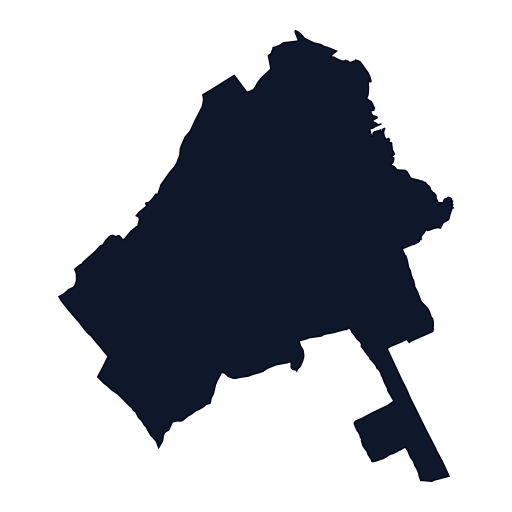 outline of Cretesti, Vaslui, Romania
{"feature_id": "2599482B47452511342695", "entity_name": "Cretesti", "entity_type": "district", "adm_level": 2, "iso_a3": "ROU", "parent_name": "Romania", "parent_adm1": "Vaslui", "projection": "orthographic", "projection_center": [28.003, 46.636], "detail": "fine", "context": "isolated", "style": "filled", "palette": "ink", "viewbox_px": 512, "rotation_deg": 0, "n_neighbors": 0, "source": "geoboundaries", "source_scale": "gbopen_adm2", "svg_char_len": 6040}
<svg xmlns="http://www.w3.org/2000/svg" viewBox="0 0 512 512"><path d="M296.5,370.8L296.7,371.0L297.1,369.4L299.3,367.4L300.5,365.8L302.6,360.8L303.7,356.7L303.7,355.2L303.1,350.8L302.7,349.6L300.3,345.6L299.3,342.2L299.2,340.9L307.3,338.5L309.0,337.7L321.7,335.9L323.6,334.6L325.4,334.0L332.5,332.8L345.5,329.3L346.2,329.7L348.9,328.0L349.8,328.5L350.5,329.0L351.5,330.6L352.1,332.5L354.8,335.5L356.5,338.2L358.5,340.4L360.1,341.5L361.6,344.0L361.3,346.5L362.9,348.2L365.5,352.2L369.3,356.9L370.4,359.4L372.2,360.4L372.1,360.8L376.0,365.5L377.0,368.1L379.4,370.4L380.4,371.9L381.7,375.9L382.4,376.6L384.6,382.7L387.4,388.1L387.8,390.5L394.0,401.1L387.8,405.5L371.7,413.2L361.5,418.7L355.8,421.0L354.2,423.0L354.6,424.5L357.3,430.8L358.5,432.2L359.9,434.8L360.5,437.5L361.5,438.5L361.7,439.3L361.5,440.8L361.9,442.2L362.3,442.7L362.7,445.2L365.9,450.0L367.0,450.9L368.0,454.2L371.3,459.4L371.7,461.1L372.1,461.6L372.5,461.6L375.9,460.9L383.6,458.3L385.9,457.1L388.2,455.3L391.0,453.9L392.7,453.7L397.2,451.4L399.5,449.8L400.2,449.9L404.4,447.4L405.4,447.4L406.2,448.1L408.0,451.2L410.6,457.4L413.2,460.8L413.9,462.3L414.8,465.3L416.9,468.9L418.7,472.9L419.3,476.3L420.9,480.5L422.8,480.4L431.7,481.3L434.6,479.9L434.5,479.4L435.6,479.7L437.2,479.3L449.0,476.1L442.1,461.1L436.3,450.5L435.4,448.2L426.5,431.0L409.5,396.6L406.5,389.4L402.2,381.0L387.0,348.5L390.2,346.5L401.7,341.7L406.8,339.2L409.1,342.3L411.0,341.1L416.7,338.5L432.8,331.4L433.2,329.6L433.0,327.6L433.2,326.0L433.2,322.4L432.9,320.1L432.4,318.5L431.4,317.7L429.4,311.8L427.9,309.0L426.8,307.5L422.3,302.9L420.9,301.1L417.4,291.9L414.6,286.6L414.3,284.0L413.4,280.3L412.7,279.1L411.2,275.3L410.3,270.7L408.6,267.6L407.2,260.4L405.9,256.2L404.6,254.8L401.9,248.3L403.2,248.4L412.1,244.6L414.0,244.4L415.5,243.4L418.2,242.2L419.0,241.5L418.5,241.2L418.6,240.9L419.7,239.8L421.1,239.5L421.0,236.8L422.5,234.5L423.9,233.0L425.6,230.1L426.4,229.8L427.6,230.3L429.2,230.1L434.7,228.1L437.8,227.5L440.5,228.1L443.0,222.9L448.2,219.8L448.8,218.9L449.3,217.5L449.6,215.4L451.6,209.5L452.1,208.3L453.1,207.9L451.7,206.1L452.8,204.8L452.0,203.5L451.2,203.9L450.7,203.8L450.9,203.2L452.4,202.0L452.6,201.2L452.0,200.7L451.5,201.1L450.7,200.8L450.6,200.4L451.4,199.6L451.5,199.0L450.3,198.0L448.6,197.3L448.0,197.4L446.7,198.7L444.7,199.1L443.9,200.5L443.7,201.2L443.9,202.4L442.5,202.8L437.7,202.7L437.9,201.6L436.2,198.9L435.9,197.5L436.0,195.6L435.4,194.5L434.9,194.5L433.8,192.9L433.3,193.3L433.0,193.0L431.7,191.0L430.8,190.4L430.2,188.1L428.9,186.1L427.9,185.5L425.3,182.6L423.6,182.1L422.5,181.3L419.6,180.7L418.4,180.1L411.4,178.6L409.6,176.6L409.2,175.3L407.3,172.6L407.4,172.2L405.3,170.4L397.7,170.0L396.7,169.6L394.4,166.8L390.5,164.9L390.5,164.4L392.8,162.7L393.8,158.8L393.6,157.9L392.5,157.1L392.0,156.4L392.1,155.8L393.5,155.0L394.4,154.0L392.3,149.6L392.0,148.5L392.1,147.1L391.6,145.3L391.7,143.5L391.4,142.8L389.6,142.6L389.1,142.0L389.0,141.3L389.5,139.9L389.1,138.9L388.7,138.6L388.2,138.5L387.3,139.2L386.6,139.1L385.7,139.6L384.1,135.8L383.5,132.1L384.3,129.2L385.0,128.2L382.5,129.5L382.2,129.9L382.5,132.0L381.1,131.8L380.8,131.2L380.3,131.0L380.3,130.1L377.7,131.1L376.3,131.2L376.0,131.5L374.5,131.7L373.2,133.1L373.0,135.9L372.7,136.4L371.4,135.7L371.1,134.2L370.4,133.9L370.4,131.8L369.5,128.9L372.8,128.1L374.8,126.7L381.5,123.9L378.6,124.7L377.6,124.5L376.2,123.3L373.8,122.3L372.6,121.0L372.7,120.2L377.1,117.8L377.0,117.2L376.6,116.8L372.9,115.6L371.9,114.5L370.8,112.0L370.8,111.1L372.0,110.4L373.3,110.4L373.9,109.9L373.8,109.3L374.4,108.7L374.5,107.9L373.0,105.5L372.7,104.0L370.9,101.4L368.6,100.1L367.7,99.2L365.1,98.2L366.6,98.0L367.5,96.3L368.0,94.6L368.3,91.6L368.5,87.3L368.3,83.2L368.6,81.6L370.7,81.7L370.9,81.5L370.9,80.6L369.5,75.9L369.0,75.1L368.0,72.8L360.3,62.0L357.7,60.7L355.5,60.1L355.1,61.0L353.4,61.3L351.6,62.2L350.4,62.4L348.9,62.1L348.0,61.1L346.3,60.9L345.7,60.4L344.5,61.0L342.7,61.2L338.7,59.8L333.6,57.1L330.6,57.0L332.0,54.7L336.5,51.1L330.1,48.4L323.5,46.2L320.7,44.5L314.0,43.0L308.9,40.6L304.3,38.2L301.2,34.4L297.8,31.8L295.5,30.7L295.1,31.8L298.7,41.0L283.0,42.9L280.9,44.8L276.0,46.9L273.1,47.7L272.8,49.6L272.1,50.6L271.9,52.1L270.5,54.1L268.4,55.6L270.9,68.5L270.6,69.4L263.0,76.4L260.2,79.4L257.6,83.0L255.2,87.4L253.4,89.7L249.1,91.7L246.8,92.2L234.2,75.4L211.6,89.6L202.9,94.7L203.6,99.6L203.0,104.0L202.1,107.1L195.1,120.7L190.5,130.8L185.1,137.3L181.7,145.1L180.3,149.0L179.9,154.9L176.8,163.2L174.7,166.7L169.8,172.4L161.1,184.7L157.8,194.5L156.0,194.2L152.1,199.2L149.1,202.3L146.0,203.0L145.7,203.6L146.5,205.4L146.4,206.4L139.1,212.3L136.3,215.7L138.6,216.9L139.2,217.6L139.4,218.3L139.2,220.9L138.3,223.8L138.3,225.1L137.9,225.8L131.1,231.1L124.3,239.4L122.0,239.6L121.8,238.9L120.8,237.4L119.0,235.7L118.5,235.6L117.6,235.8L115.7,237.1L114.0,235.8L112.5,235.4L111.2,235.6L109.5,236.6L106.0,240.2L102.6,245.3L100.5,245.7L95.9,250.9L83.2,262.2L82.1,264.0L79.9,265.1L75.2,268.8L74.8,269.6L75.9,272.0L76.4,273.9L76.6,279.0L76.5,280.9L75.0,285.2L73.5,287.3L68.5,289.7L67.2,291.1L63.7,294.0L58.9,296.7L59.6,297.5L60.8,300.0L63.4,303.4L70.1,311.7L78.1,321.0L79.6,322.6L84.6,329.4L88.0,333.3L91.1,335.8L108.1,356.4L108.1,356.6L102.4,368.1L97.7,376.9L104.1,383.3L107.2,385.6L111.8,389.9L117.9,394.0L129.7,405.9L132.3,408.2L133.1,410.0L135.8,411.9L138.5,417.4L141.5,420.4L142.8,422.2L144.3,425.0L146.3,426.9L147.3,429.1L150.8,435.2L156.2,441.1L158.7,447.6L162.2,441.4L162.9,438.8L163.1,436.1L163.8,433.8L164.7,432.5L166.1,431.3L168.4,430.2L169.2,429.1L171.6,423.4L172.6,421.8L177.3,420.8L180.7,421.0L182.6,420.4L189.0,415.1L189.7,415.1L191.7,413.8L195.9,410.6L198.6,409.5L202.8,407.2L206.2,404.3L210.1,403.2L211.2,397.8L213.0,394.4L213.9,391.5L215.4,384.6L217.4,380.1L221.4,372.6L223.9,372.7L225.3,373.6L228.1,376.4L233.1,378.2L236.0,378.3L239.4,377.4L248.2,376.1L253.2,374.2L259.2,372.6L263.5,371.0L264.1,370.3L265.3,369.7L266.7,368.5L275.9,364.8L287.7,362.6L290.6,361.5L291.0,361.7L291.3,364.5L291.1,366.9L291.4,367.9L292.7,369.3L296.6,370.1L296.5,370.8Z" fill="#0f172a" stroke="#020617" stroke-width="1.5"/></svg>